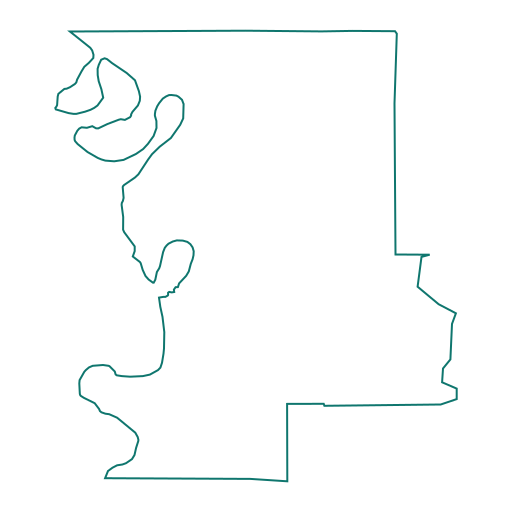 Washington, Mississippi, United States of America
{"feature_id": "52423323B9626966163113", "entity_name": "Washington", "entity_type": "district", "adm_level": 2, "iso_a3": "USA", "parent_name": "United States of America", "parent_adm1": "Mississippi", "projection": "albers", "projection_center": [-91.095, 33.269], "detail": "fine", "context": "isolated", "style": "outline", "palette": "teal", "viewbox_px": 512, "rotation_deg": 0, "n_neighbors": 0, "source": "geoboundaries", "source_scale": "gbopen_adm2", "svg_char_len": 2747}
<svg xmlns="http://www.w3.org/2000/svg" viewBox="0 0 512 512"><path d="M395.0,31.2L352.2,30.9L321.4,31.4L245.5,30.7L69.9,31.5L90.3,47.8L92.2,50.5L93.5,54.8L93.3,58.0L91.5,60.0L88.8,62.9L84.3,66.8L81.5,71.4L77.1,79.6L76.3,82.4L75.0,83.9L70.0,87.2L66.6,88.7L64.4,88.9L58.4,93.8L57.7,96.5L57.1,105.1L56.4,106.6L55.3,108.0L55.8,109.4L68.6,113.1L73.7,113.9L76.2,113.9L85.0,111.7L90.5,109.8L94.2,107.9L97.5,105.5L103.2,97.7L101.4,89.3L98.7,81.2L97.7,75.1L97.6,68.8L98.8,64.8L101.2,59.7L104.6,58.3L107.0,59.1L109.8,61.3L111.9,63.0L126.7,73.0L135.0,80.3L138.9,91.2L140.1,96.7L139.8,100.8L137.9,105.5L132.5,111.8L131.1,114.4L131.1,115.6L130.1,117.2L124.9,119.9L120.8,119.2L118.8,119.7L107.5,124.0L98.2,128.4L96.0,128.3L92.3,126.2L86.9,127.8L81.6,127.3L79.2,128.6L77.3,130.8L74.8,135.5L74.5,137.6L74.6,139.9L75.2,141.3L77.7,144.1L87.5,152.0L97.7,157.9L101.3,159.4L105.3,160.6L114.2,161.3L123.6,159.9L136.1,153.9L143.2,149.0L147.9,143.9L153.6,136.0L156.5,128.0L156.4,121.0L154.9,115.7L154.9,114.0L155.4,110.7L157.2,106.3L159.1,103.2L162.8,98.6L166.1,96.4L169.0,95.1L171.4,95.0L176.4,95.6L178.5,96.7L182.0,99.8L183.3,103.3L183.6,104.0L183.2,118.4L180.2,124.8L170.9,138.0L159.7,146.7L152.0,154.2L148.2,159.4L138.4,174.3L135.0,177.5L124.1,185.0L123.0,186.2L122.7,187.1L123.6,197.9L122.9,200.9L121.8,203.0L121.6,204.8L123.2,217.0L123.1,229.7L124.2,232.2L134.7,246.4L134.7,251.1L132.8,256.5L139.9,262.0L140.7,263.2L142.7,269.9L145.5,276.0L148.6,279.5L153.0,282.7L153.7,282.7L155.3,279.7L156.9,272.0L159.2,268.3L160.0,266.1L163.1,252.1L164.8,247.8L166.6,245.5L168.5,243.7L172.8,241.5L176.8,240.4L182.8,240.6L187.4,241.9L190.4,244.2L192.6,247.4L193.7,251.2L193.5,255.3L192.6,259.2L190.8,263.8L188.8,271.4L186.2,275.8L179.1,283.4L177.9,287.1L175.6,287.2L173.9,289.6L174.2,292.0L171.7,292.4L169.2,291.9L168.1,292.7L168.1,295.0L167.8,295.5L165.4,296.9L163.2,296.9L159.0,297.6L160.3,306.8L162.5,316.9L164.3,332.1L164.0,348.5L163.5,353.7L162.5,359.8L162.0,362.8L160.4,367.6L158.0,370.1L149.9,374.6L142.9,376.1L130.2,376.7L121.8,376.1L116.7,375.3L115.6,374.4L114.8,371.5L109.5,366.2L108.6,365.8L103.0,365.0L92.7,365.8L89.0,367.4L85.8,370.1L84.3,371.8L79.6,380.1L79.3,383.4L79.8,393.5L80.0,394.7L80.7,395.8L83.8,397.8L94.7,403.2L99.1,409.0L99.9,411.0L101.4,412.3L105.4,413.7L109.2,414.2L117.1,417.7L135.3,432.7L137.7,437.0L138.4,439.8L138.3,441.0L136.1,447.9L134.5,455.0L132.0,459.1L126.0,463.2L122.4,464.5L117.1,465.3L112.5,467.7L108.0,471.0L105.1,478.2L250.4,478.9L287.3,481.3L287.1,403.9L323.7,403.8L324.4,405.8L440.7,404.5L456.7,399.1L456.7,388.6L442.1,382.3L443.0,368.5L450.4,359.4L452.0,323.9L455.9,313.3L438.6,304.2L417.6,286.7L421.5,256.9L429.7,254.7L395.5,254.5L394.9,166.2L394.5,103.3L396.8,33.7L395.0,31.2Z" fill="none" stroke="#0f766e" stroke-width="2"/></svg>